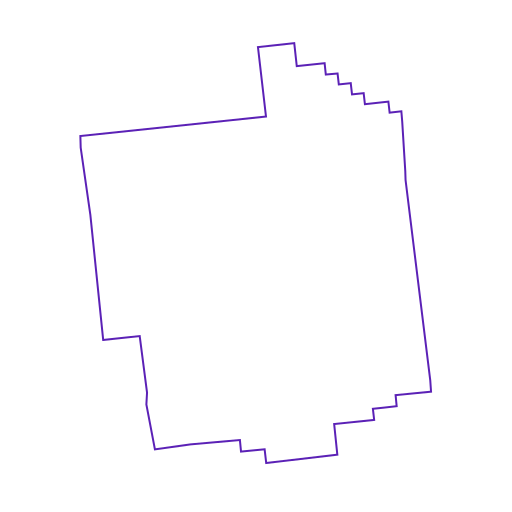 Wayne, Missouri, United States of America, rotated 263°
{"feature_id": "52423323B35235503549305", "entity_name": "Wayne", "entity_type": "district", "adm_level": 2, "iso_a3": "USA", "parent_name": "United States of America", "parent_adm1": "Missouri", "projection": "equal_earth", "projection_center": [-90.442, 37.12], "detail": "fine", "context": "isolated", "style": "outline", "palette": "violet", "viewbox_px": 512, "rotation_deg": 263, "n_neighbors": 0, "source": "geoboundaries", "source_scale": "gbopen_adm2", "svg_char_len": 641}
<svg xmlns="http://www.w3.org/2000/svg" viewBox="0 0 512 512"><g transform="rotate(263 256 256)"><path d="M396.5,96.3L384.9,95.2L317.0,96.6L191.3,94.1L190.7,130.8L133.7,131.2L122.0,129.1L76.4,132.1L77.0,168.0L75.3,217.6L63.7,217.3L63.1,241.0L49.3,240.9L48.9,312.5L79.7,313.1L78.9,353.3L90.1,353.4L89.9,365.1L89.8,377.3L100.9,377.6L100.0,413.2L111.3,413.8L313.2,413.7L322.0,414.5L371.5,417.5L381.9,417.9L382.0,406.1L393.1,406.2L393.4,382.6L404.5,382.7L404.7,371.0L416.0,371.1L416.2,359.1L427.2,359.2L427.6,347.4L439.0,347.6L439.5,319.6L462.6,319.9L463.1,283.4L393.2,282.9L396.5,96.3Z" fill="none" stroke="#5b21b6" stroke-width="2"/></g></svg>